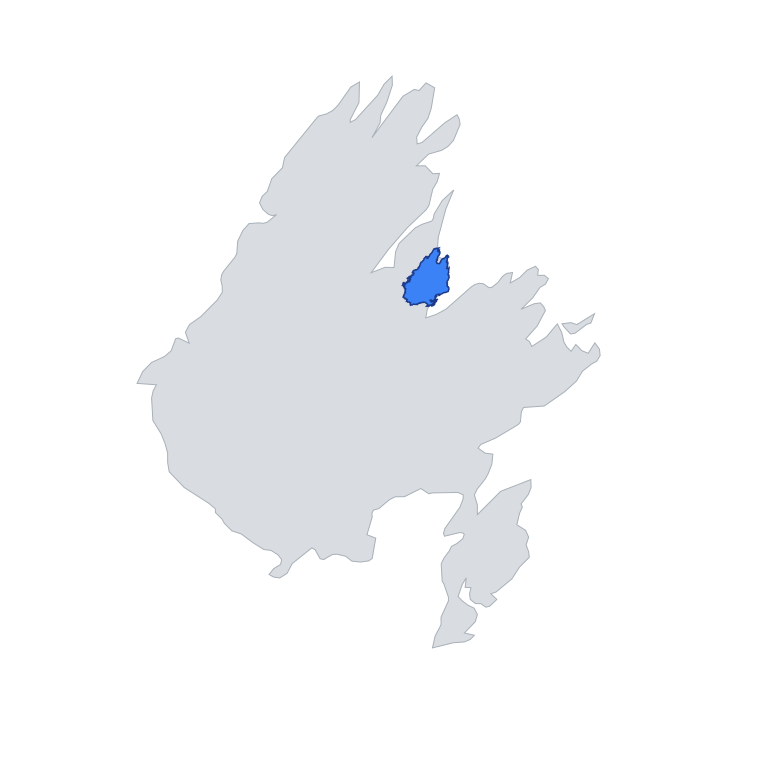 location of Ennistimon Lea-4, Clare, Ireland, rotated 142°
{"feature_id": "5873133B68826952408481", "entity_name": "Ennistimon Lea-4", "entity_type": "district", "adm_level": 2, "iso_a3": "IRL", "parent_name": "Ireland", "parent_adm1": "Clare", "projection": "natural_earth1", "projection_center": [-9.187, 53.0], "detail": "fine", "context": "in_parent", "style": "filled", "palette": "blue", "viewbox_px": 768, "rotation_deg": 142, "n_neighbors": 0, "source": "geoboundaries", "source_scale": "gbopen_adm2", "svg_char_len": 9673}
<svg xmlns="http://www.w3.org/2000/svg" viewBox="0 0 768 768"><g transform="rotate(142 384 384)"><path d="M482.7,165.1L466.8,173.4L464.4,176.5L460.0,189.3L459.5,192.9L449.6,207.1L444.0,209.9L435.5,212.2L430.8,214.5L424.7,213.4L417.1,213.6L413.3,216.1L413.5,218.0L415.8,220.3L430.0,226.8L429.2,229.5L425.2,232.6L399.9,240.2L392.4,244.8L389.8,247.9L392.5,253.0L412.8,268.3L416.3,270.0L419.3,278.9L437.2,282.6L444.6,288.2L450.9,289.5L464.6,289.0L470.1,291.1L473.2,289.5L475.0,286.6L490.2,275.7L485.4,267.6L500.7,253.8L504.9,254.0L512.2,258.2L518.3,264.1L520.3,271.9L526.0,279.0L529.7,281.4L539.6,282.8L541.9,285.6L540.3,295.9L541.8,299.3L566.9,299.0L576.8,294.5L585.5,295.3L589.9,299.9L591.9,304.7L584.4,306.4L576.6,305.5L572.8,308.6L572.7,314.5L575.4,322.3L580.7,327.7L585.1,340.1L588.8,353.7L594.3,362.0L595.6,372.3L594.8,377.3L596.0,386.4L593.7,389.6L595.6,398.1L605.2,425.6L607.3,447.1L602.9,455.2L597.0,462.8L593.2,471.9L590.3,481.7L588.6,497.5L575.8,516.0L570.2,520.7L563.8,523.5L578.2,536.5L566.6,542.3L554.0,544.1L540.0,540.8L531.3,541.2L520.2,548.0L517.7,546.8L512.4,536.1L508.6,547.1L500.6,550.6L486.8,549.9L463.7,552.8L454.9,555.9L451.2,560.8L448.5,566.5L444.9,569.9L440.9,571.6L423.1,575.8L419.6,577.5L411.4,586.6L400.6,591.9L391.6,593.5L383.6,588.2L380.3,585.0L376.6,583.4L364.4,583.6L368.2,585.2L370.7,589.0L372.0,596.2L370.6,603.3L364.6,606.9L357.4,607.6L346.0,614.9L331.0,616.9L322.8,623.7L273.0,635.1L270.2,635.3L263.3,632.3L255.9,631.1L248.4,632.0L227.5,638.4L217.4,637.1L230.4,621.2L247.7,613.2L249.5,611.0L243.8,609.9L210.9,615.5L199.5,620.2L188.1,621.6L193.4,614.4L208.2,604.4L220.9,597.9L226.4,592.1L241.9,585.5L191.9,599.1L178.8,597.5L175.7,593.7L165.5,595.4L161.7,586.2L176.9,572.3L185.7,566.3L196.2,563.1L206.3,558.4L210.1,552.8L205.3,550.9L175.1,552.4L160.7,551.2L161.5,546.7L164.2,541.7L179.2,533.2L187.3,531.8L194.5,532.6L207.3,537.7L224.2,536.0L217.2,530.6L216.0,519.5L210.6,515.8L217.5,510.7L225.5,507.6L238.7,497.0L243.4,495.4L269.5,492.8L297.7,487.3L325.6,479.6L311.3,475.3L304.4,469.6L293.4,481.1L285.5,485.5L263.1,487.8L256.0,486.5L246.0,483.0L242.9,484.3L240.0,487.0L225.2,492.7L209.6,494.0L227.7,483.7L250.8,466.3L255.9,460.7L263.2,451.2L260.9,446.9L256.2,444.5L272.9,424.8L278.7,421.2L289.4,420.6L297.2,417.5L300.6,417.5L303.7,416.3L310.5,410.4L300.0,406.7L289.1,404.8L255.4,406.8L250.9,406.4L246.8,404.6L244.1,402.0L242.0,395.3L239.6,393.8L232.0,393.8L224.5,395.8L219.2,395.6L214.1,392.7L222.3,385.9L211.8,384.3L201.1,385.6L192.2,383.5L191.9,379.2L196.0,375.0L190.7,370.9L189.6,365.8L195.3,363.3L201.4,364.1L214.0,360.3L230.0,358.5L216.3,354.8L210.8,351.6L210.5,346.7L211.6,342.5L227.6,335.4L244.6,332.3L243.3,327.6L244.5,322.6L227.4,321.1L210.4,324.7L212.3,315.0L216.4,306.3L217.2,300.6L216.4,294.5L208.5,297.1L207.6,288.5L204.2,282.5L192.5,286.6L192.8,278.8L196.2,273.3L202.3,271.0L208.4,272.0L219.7,271.9L230.6,267.8L246.3,266.7L271.3,268.0L288.5,279.6L292.9,277.5L299.8,270.2L303.0,269.4L328.9,272.6L345.0,276.8L349.3,275.5L347.0,267.4L341.4,261.7L348.4,254.4L356.8,249.4L362.4,246.9L375.4,243.8L381.1,240.9L384.8,231.4L390.8,223.6L358.2,227.6L327.1,218.3L332.0,211.7L338.5,208.0L349.8,205.1L350.9,201.7L356.6,198.8L366.0,191.3L362.5,181.5L364.3,174.3L371.1,169.7L373.2,163.0L376.2,158.0L390.0,156.3L403.2,151.7L423.7,151.1L429.0,152.9L427.7,144.8L437.3,143.8L441.1,145.4L442.8,151.1L447.2,154.8L448.6,161.1L445.7,166.1L440.8,169.9L445.3,173.7L438.5,180.7L445.9,177.8L456.5,170.9L455.9,165.3L454.1,158.2L451.0,151.9L452.3,144.9L458.3,140.5L474.0,138.3L467.5,130.4L473.2,129.6L479.5,131.3L488.8,137.5L508.3,146.2L498.9,153.9L487.2,159.2L482.7,165.1ZM207.0,318.2L206.6,321.9L199.0,317.3L195.4,312.1L174.8,309.8L183.4,304.7L187.6,306.2L202.2,306.4L206.2,308.6L207.0,318.2Z" fill="#d9dde1" stroke="#a8b0b8" stroke-width="1"/><path d="M302.5,419.1L302.0,418.8L301.7,418.9L301.4,418.6L300.4,418.6L300.2,418.4L301.0,418.0L300.8,417.9L300.4,417.9L300.3,417.7L299.2,417.9L299.1,417.7L298.5,417.4L298.6,417.2L297.9,417.0L298.0,416.8L297.2,416.9L297.2,417.1L296.6,417.0L296.6,416.9L296.0,417.2L294.4,417.0L293.7,416.7L291.8,416.9L290.9,417.8L290.0,417.7L289.4,418.0L290.5,418.0L290.9,418.6L291.2,418.5L291.1,418.4L291.3,418.3L291.2,418.2L291.4,418.0L292.2,418.0L292.6,418.3L292.7,418.8L293.1,418.8L293.7,418.2L294.3,418.2L294.9,419.0L295.2,419.0L295.9,419.3L295.6,419.5L296.0,419.7L295.7,420.1L295.6,420.4L295.9,420.7L295.7,420.8L296.0,420.8L296.2,421.2L296.1,421.6L295.7,421.4L295.8,421.0L295.4,420.9L295.5,420.8L295.1,420.7L294.9,420.4L294.9,420.1L294.4,419.5L293.0,419.4L293.5,419.1L293.9,418.8L293.8,418.7L292.9,419.0L293.1,419.2L292.8,419.4L292.2,419.3L292.3,419.1L291.1,419.6L290.5,420.4L289.9,420.5L290.6,420.4L290.4,420.6L290.2,420.5L290.2,421.0L289.7,420.9L289.8,421.0L289.7,421.1L289.8,421.2L289.2,421.8L288.9,421.8L288.8,421.7L288.9,421.8L288.5,421.9L288.3,421.5L287.9,422.0L287.7,421.9L287.8,421.8L287.7,421.9L287.4,421.7L287.2,421.8L286.8,421.4L286.7,421.6L286.4,421.4L285.1,420.8L284.7,420.1L284.3,419.9L285.9,419.8L286.5,420.2L286.0,419.8L285.4,419.7L284.1,419.9L282.7,419.4L280.9,419.3L278.9,418.1L277.5,417.8L276.5,417.4L275.3,418.3L274.6,418.6L273.6,420.2L273.8,420.8L273.6,421.1L273.8,421.2L274.0,422.0L273.5,422.9L273.0,423.2L273.0,423.5L272.7,423.6L272.7,424.0L271.8,424.6L271.9,425.1L271.7,425.5L271.0,426.1L269.9,426.3L266.9,428.0L266.7,428.6L266.2,429.3L266.3,429.5L266.1,429.7L266.3,429.8L266.0,430.2L266.2,430.8L265.1,431.8L264.3,432.0L263.9,432.9L263.2,433.6L263.0,434.2L262.3,434.5L261.7,435.1L262.2,435.4L261.9,435.6L262.0,435.7L263.4,436.5L261.7,437.5L261.8,437.7L261.3,437.7L261.3,438.1L260.8,438.4L260.9,438.6L260.7,439.0L259.5,439.5L259.4,439.7L259.7,439.8L259.4,440.1L259.8,440.1L259.8,440.7L259.2,441.1L259.6,441.5L259.3,441.7L259.3,442.0L258.6,442.2L258.7,442.5L257.5,443.0L257.4,443.4L257.0,443.8L256.1,444.2L255.2,444.3L255.7,444.8L255.3,444.8L254.7,445.3L255.4,445.7L254.8,446.3L254.8,446.5L255.7,446.7L256.2,446.6L256.3,446.2L256.9,446.3L258.8,445.8L259.7,445.8L259.8,446.0L259.7,446.1L260.0,446.2L260.1,446.5L262.5,446.4L263.9,445.7L264.0,445.4L264.6,445.4L265.3,445.0L266.6,444.9L268.0,446.6L267.5,447.4L267.5,448.3L266.6,448.7L265.7,448.8L265.8,449.1L265.5,449.3L265.6,449.6L265.1,449.6L264.2,450.2L264.2,450.5L263.5,451.1L262.6,451.4L262.6,451.5L262.2,451.5L261.0,451.7L260.7,452.0L260.1,452.2L260.2,452.4L260.0,452.5L259.6,452.8L259.2,452.9L259.0,453.3L259.1,453.5L258.7,453.7L258.8,453.9L258.7,454.2L258.8,454.4L258.2,455.1L259.6,454.8L259.8,455.1L259.3,455.3L259.3,455.6L259.1,455.7L259.4,456.0L258.6,456.5L258.7,456.4L258.4,456.4L258.2,457.0L257.2,457.3L258.3,457.7L258.5,457.8L258.4,457.9L259.0,458.0L259.2,458.9L260.7,458.9L261.0,459.6L261.4,459.6L262.0,459.6L262.6,459.1L264.1,458.7L265.0,458.1L266.1,457.9L267.3,457.9L269.0,457.3L269.1,456.9L270.0,456.6L270.4,456.9L272.2,456.0L272.7,456.5L272.0,457.0L271.9,457.3L272.0,457.6L271.7,457.7L271.8,457.9L271.7,458.0L272.6,458.7L273.5,458.3L274.1,458.4L275.4,458.1L275.5,457.8L276.6,457.2L277.5,457.2L278.7,456.8L279.9,457.1L281.3,456.5L282.0,455.8L283.0,455.3L283.7,454.7L284.5,454.5L284.7,454.8L285.2,454.7L285.4,454.6L285.4,454.1L286.2,453.8L286.8,454.0L288.0,453.8L289.0,454.8L290.1,454.6L290.7,454.9L290.8,455.2L291.5,455.1L291.9,454.6L292.3,454.7L292.7,454.6L292.4,454.2L293.0,453.8L292.2,453.2L292.4,453.0L292.4,452.8L293.2,452.2L294.6,452.0L294.6,452.3L294.4,452.5L295.4,452.8L296.3,452.5L297.3,452.7L297.7,452.5L297.8,452.8L298.3,452.4L298.5,453.0L299.5,452.5L299.9,452.7L299.8,452.9L300.2,453.1L300.6,452.9L300.3,452.5L300.0,452.5L300.1,452.4L299.8,452.0L299.1,452.3L299.0,452.0L298.9,452.0L296.9,452.1L296.8,451.9L297.4,451.8L297.4,451.3L297.6,451.2L297.5,450.9L297.8,451.2L298.8,451.0L299.1,451.1L299.1,450.9L299.3,450.8L299.2,450.6L299.6,450.7L299.7,449.7L300.5,449.6L300.8,448.9L301.1,449.0L301.0,449.8L301.4,450.3L301.1,450.8L301.3,451.1L301.9,450.4L301.8,450.1L302.2,449.7L303.1,449.5L303.3,449.8L303.2,450.3L303.5,450.5L303.9,450.1L304.2,450.2L304.3,449.9L304.9,449.9L305.3,449.6L305.9,450.0L306.1,450.0L305.9,450.7L305.8,451.5L306.1,451.6L306.1,451.8L306.7,451.9L307.0,451.6L306.7,451.5L307.0,451.1L306.6,450.9L306.9,450.6L306.8,450.3L307.2,450.4L307.8,450.7L308.3,450.5L307.8,450.3L307.9,450.2L307.6,450.0L307.6,449.6L308.5,449.2L308.5,448.8L308.1,448.5L307.5,448.6L307.3,448.3L308.8,447.5L308.5,447.1L308.8,446.4L308.2,446.0L308.2,445.7L309.0,445.2L309.3,445.3L309.8,444.7L309.7,444.4L309.8,444.2L310.5,443.8L310.4,443.6L310.8,443.5L310.9,443.1L311.3,443.1L311.2,442.7L313.0,442.2L313.9,441.7L313.9,441.4L314.8,441.2L315.4,440.7L315.0,440.3L315.3,440.0L315.2,439.5L314.6,438.8L315.0,438.1L314.6,437.7L314.2,437.7L314.0,437.1L314.1,436.8L313.7,436.3L313.8,436.0L314.3,436.2L315.3,435.4L315.1,435.3L315.1,434.9L314.9,434.6L314.9,433.9L313.6,433.0L313.7,432.8L313.7,432.2L313.6,431.5L313.4,431.5L314.6,430.3L314.5,429.6L313.7,429.5L313.1,428.9L311.6,428.9L311.3,428.4L310.3,427.4L309.0,426.8L308.9,426.5L308.2,426.3L308.3,426.2L306.4,426.2L306.5,426.0L306.1,425.5L305.0,425.3L304.8,425.1L304.1,425.2L303.5,424.5L303.1,424.2L302.8,424.4L302.3,424.1L301.4,423.1L301.3,422.3L300.8,421.4L300.6,420.5L300.9,419.9L300.7,419.6L300.8,419.2L301.7,419.3L302.5,419.1ZM297.9,415.9L297.6,415.8L297.1,415.9L296.9,415.6L296.5,415.5L295.1,415.6L294.5,416.1L295.5,416.8L296.1,416.9L296.5,416.6L297.7,416.3L297.2,416.2L297.5,415.9L297.7,416.1L297.9,415.9ZM292.3,418.6L292.0,418.4L292.2,418.1L291.4,418.3L291.5,418.8L291.4,419.2L292.2,418.8L292.3,418.6ZM285.2,420.0L285.4,420.0L285.2,420.0ZM261.4,435.3L261.2,435.5L261.4,435.5L261.4,435.3ZM294.1,419.1L294.3,419.1L294.2,419.0L294.1,419.1ZM297.0,417.0L296.8,416.9L296.7,416.9L296.8,417.0L297.0,417.0ZM286.9,420.3L286.7,420.2L286.9,420.3Z" fill="#3b82f6" stroke="#1e3a8a" stroke-width="1.5"/></g></svg>